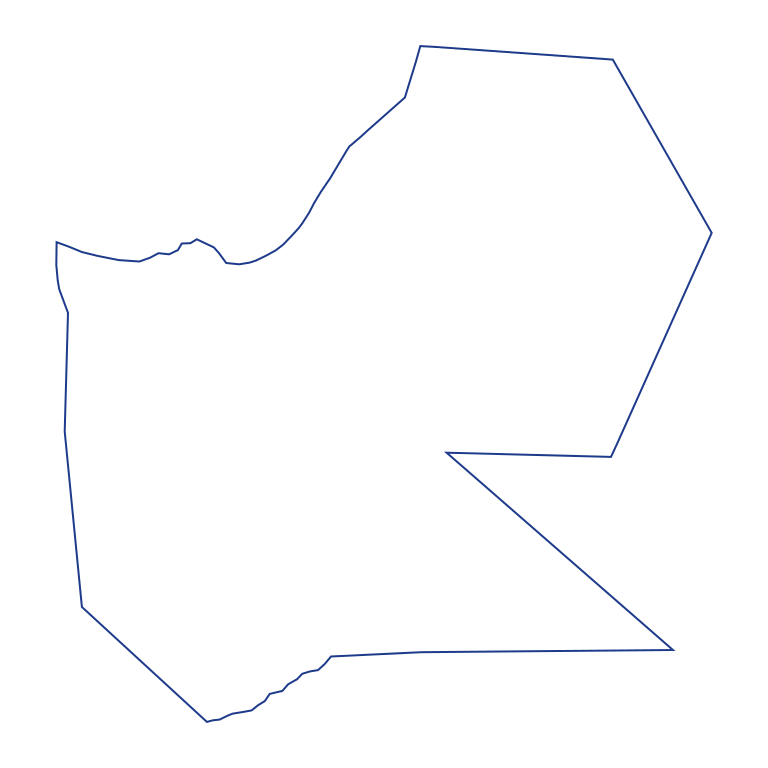 São Miguel do Fidalgo, Piauí, Brazil (orthographic projection)
{"feature_id": "56859067B99760501639762", "entity_name": "São Miguel do Fidalgo", "entity_type": "district", "adm_level": 2, "iso_a3": "BRA", "parent_name": "Brazil", "parent_adm1": "Piauí", "projection": "orthographic", "projection_center": [-42.377, -7.594], "detail": "fine", "context": "isolated", "style": "outline", "palette": "blue", "viewbox_px": 768, "rotation_deg": 0, "n_neighbors": 0, "source": "geoboundaries", "source_scale": "gbopen_adm2", "svg_char_len": 986}
<svg xmlns="http://www.w3.org/2000/svg" viewBox="0 0 768 768"><path d="M420.3,46.1L415.8,62.0L404.9,97.5L367.8,130.3L360.6,136.9L349.3,146.5L346.1,151.5L330.0,178.5L320.9,191.8L314.2,202.9L309.1,212.7L302.3,223.3L298.7,228.1L292.3,235.1L283.3,244.5L275.8,250.3L266.4,255.5L256.1,260.5L249.7,262.6L239.2,264.3L226.2,263.0L218.8,252.9L213.9,247.4L196.8,239.3L190.4,243.2L181.8,243.5L177.9,250.1L169.1,254.3L158.5,253.2L149.9,257.8L139.4,261.5L118.8,260.1L97.6,255.9L81.8,252.0L69.2,246.8L56.6,242.2L56.3,265.0L57.7,280.3L59.2,289.1L64.1,302.4L68.0,312.8L64.7,431.5L81.9,607.0L206.9,721.9L212.9,720.3L219.5,719.6L226.9,716.0L232.4,713.7L244.0,711.8L251.6,710.4L258.1,705.2L264.9,701.0L269.7,693.9L282.4,690.9L288.2,684.2L297.1,679.2L302.2,673.8L309.7,671.5L318.0,670.1L324.8,663.9L331.0,656.5L421.2,652.2L672.9,650.0L663.2,641.5L657.0,636.1L478.2,480.2L446.6,452.7L611.0,456.9L617.2,443.5L711.7,232.9L612.8,59.6L433.5,46.8L420.3,46.1Z" fill="none" stroke="#1e3a8a" stroke-width="2"/></svg>